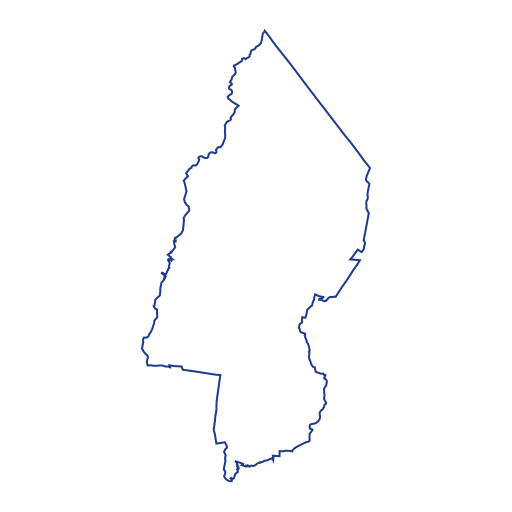 outline of Cacahoatán, Chiapas, Mexico
{"feature_id": "50627088B46673290590082", "entity_name": "Cacahoatán", "entity_type": "district", "adm_level": 2, "iso_a3": "MEX", "parent_name": "Mexico", "parent_adm1": "Chiapas", "projection": "orthographic", "projection_center": [-92.167, 15.088], "detail": "fine", "context": "isolated", "style": "outline", "palette": "blue", "viewbox_px": 512, "rotation_deg": 0, "n_neighbors": 0, "source": "geoboundaries", "source_scale": "gbopen_adm2", "svg_char_len": 6043}
<svg xmlns="http://www.w3.org/2000/svg" viewBox="0 0 512 512"><path d="M292.2,451.4L292.5,450.4L294.2,448.5L296.6,446.9L305.7,442.3L308.5,441.7L309.6,440.7L309.5,435.2L309.8,433.4L311.1,432.0L312.5,430.0L312.2,429.4L311.1,428.9L310.3,428.8L309.8,428.3L309.7,426.4L310.0,424.9L310.8,424.2L315.5,423.3L317.4,422.0L319.3,419.8L319.9,418.1L320.1,416.8L319.6,413.8L319.8,412.6L320.7,410.9L322.5,409.5L324.0,407.0L324.2,405.5L324.9,404.4L326.0,403.7L326.1,402.5L324.7,400.4L324.3,399.2L324.0,398.7L324.6,395.6L324.4,394.4L324.0,389.2L324.9,387.1L326.0,385.9L326.9,382.0L326.6,380.5L326.4,380.1L325.6,379.0L325.1,379.0L325.0,378.7L324.1,378.1L325.4,375.1L323.8,374.7L323.4,373.7L320.9,373.7L315.7,371.8L314.8,367.4L312.9,366.7L311.4,364.6L310.0,360.4L309.3,358.9L308.9,356.3L309.5,353.4L308.9,351.8L309.6,350.9L309.7,350.5L309.3,349.5L309.4,348.5L309.1,347.6L309.1,347.2L308.0,343.8L306.7,341.8L306.6,340.7L305.1,336.9L305.2,336.1L304.7,335.5L305.1,334.6L305.1,333.6L301.0,332.3L300.3,331.7L300.0,330.9L299.8,329.3L299.6,328.8L298.8,327.9L299.6,324.3L300.5,323.7L301.1,323.0L301.8,322.7L302.1,322.3L302.1,321.4L301.9,320.9L302.0,319.1L302.4,317.1L303.8,317.6L305.4,317.7L306.5,313.9L307.4,309.6L310.1,307.1L310.6,306.4L311.6,306.0L312.1,305.4L312.7,302.6L313.2,301.1L314.0,299.9L314.4,296.6L315.2,294.3L317.3,295.5L319.2,296.2L321.3,296.7L324.2,297.0L323.2,297.3L321.4,298.8L319.4,298.9L319.2,299.8L321.5,299.8L322.6,300.6L323.6,300.7L324.4,301.2L325.3,300.9L325.7,301.1L328.5,298.0L329.8,297.1L330.9,296.9L332.9,297.0L334.8,296.6L335.6,296.9L341.4,287.9L347.7,278.9L352.8,270.9L357.8,263.7L359.9,260.2L350.3,259.4L352.7,256.6L357.7,249.6L361.5,252.1L362.1,251.6L363.7,249.4L364.0,247.9L364.1,246.2L364.9,244.4L365.0,243.0L364.1,241.1L364.1,240.6L363.7,240.3L368.8,213.2L366.4,208.6L366.5,206.1L366.2,202.8L366.5,201.0L367.2,200.0L367.6,198.8L367.8,197.9L367.5,194.3L367.9,191.0L369.4,184.0L369.2,183.4L367.0,181.5L366.0,180.2L365.9,179.4L366.7,176.0L370.0,168.0L363.8,160.2L358.5,152.8L351.2,143.2L345.5,136.2L307.1,86.2L291.1,64.9L275.1,44.7L267.5,34.2L264.7,30.7L264.0,32.3L262.9,33.5L262.1,37.6L262.0,38.9L261.0,43.2L260.3,43.7L259.1,45.2L258.1,46.0L256.7,46.5L255.7,47.2L255.6,48.0L254.4,49.3L252.8,49.8L252.1,50.1L251.0,51.1L250.5,53.7L250.2,54.3L249.7,54.7L249.6,56.0L249.3,56.8L248.1,57.6L247.1,57.9L245.5,59.1L244.0,58.1L242.1,58.9L241.7,61.2L239.0,62.7L237.1,64.1L235.2,65.1L234.1,65.4L233.9,65.8L233.8,66.6L234.5,67.2L235.0,68.0L235.7,72.6L235.0,74.1L232.2,77.0L231.5,79.7L229.9,82.2L231.7,83.6L232.0,84.2L231.7,84.7L229.7,85.9L229.1,86.8L229.0,88.0L229.1,88.8L231.5,90.1L232.1,91.7L232.0,92.7L231.7,93.8L231.0,94.3L230.1,94.7L227.7,96.7L228.4,98.7L229.7,99.5L231.8,101.5L238.6,105.7L236.1,108.0L234.8,109.7L234.8,111.3L234.4,112.7L232.8,115.1L231.5,116.3L230.7,117.4L230.9,119.5L230.1,120.2L227.3,121.6L226.7,122.1L224.7,125.5L225.2,127.7L224.9,131.4L225.0,133.9L225.2,134.5L225.2,137.2L224.7,139.1L223.1,143.1L222.7,144.4L220.4,147.3L218.3,147.1L217.7,147.6L216.7,149.1L216.1,149.6L216.0,150.4L216.4,151.2L216.4,152.4L215.2,153.3L214.4,152.8L211.1,152.2L210.3,152.6L208.8,154.0L208.0,157.2L207.1,157.9L206.1,158.0L204.6,157.9L201.7,156.2L199.8,156.5L198.4,157.6L198.6,158.6L199.2,159.5L199.0,160.6L197.3,163.9L196.7,164.8L195.8,165.5L195.2,165.3L193.6,165.3L192.4,165.8L191.7,166.8L191.6,167.7L190.6,168.3L189.5,168.7L186.1,173.3L188.0,176.2L186.2,178.0L184.8,179.2L184.3,180.2L183.6,180.8L184.3,181.8L185.7,187.4L186.0,189.7L186.4,190.4L186.5,191.4L185.9,193.2L185.5,195.0L184.7,196.2L184.7,197.0L184.0,199.6L184.5,200.6L184.8,202.4L185.6,203.0L186.2,204.4L188.6,206.6L189.2,209.7L189.1,210.8L184.9,215.7L183.8,217.7L183.9,221.2L183.0,230.1L181.3,233.4L177.3,236.8L176.9,237.0L176.5,237.6L175.3,237.7L174.9,238.0L174.6,239.4L174.9,240.3L175.7,240.3L175.7,241.4L173.9,241.3L174.4,244.5L175.2,247.2L171.6,252.0L171.4,251.5L170.7,251.9L170.1,253.2L167.8,254.7L169.9,256.5L170.1,256.9L170.7,257.1L170.6,257.5L170.8,257.9L172.7,259.4L172.2,259.5L171.8,259.3L171.3,260.7L168.7,259.0L168.0,260.0L168.9,261.6L169.8,263.0L168.8,266.9L169.4,267.7L168.0,269.4L168.1,269.9L167.5,270.5L167.3,271.3L165.7,274.7L162.2,272.7L161.8,273.3L164.7,275.2L164.5,275.8L164.8,276.0L164.6,276.3L164.2,277.9L165.1,277.6L163.9,279.9L161.4,282.7L160.2,289.2L160.2,290.0L160.4,291.1L159.8,295.6L157.3,297.7L155.2,300.0L155.1,301.7L154.4,305.6L153.7,306.0L154.8,308.4L156.9,309.4L157.3,317.2L154.4,320.7L154.2,322.8L152.2,329.1L150.4,332.7L149.4,333.9L148.3,336.6L146.8,337.4L146.2,337.6L144.1,337.6L143.6,338.1L143.0,340.0L143.3,341.7L142.0,348.6L143.7,351.6L144.9,353.2L146.0,354.2L147.0,355.1L147.2,355.6L148.0,356.8L146.8,361.7L147.6,365.4L150.4,365.3L154.5,365.8L161.9,365.4L165.5,366.5L167.9,366.5L170.1,367.3L170.0,366.6L169.4,365.3L174.3,366.1L181.7,366.5L182.7,369.7L198.0,371.9L215.7,374.7L220.3,375.0L216.9,399.2L216.5,403.0L216.4,409.3L216.3,411.3L215.5,415.1L215.0,419.7L215.0,421.2L214.5,422.7L214.6,423.9L214.3,425.2L214.3,426.6L213.8,428.1L213.7,430.0L214.8,433.7L216.4,443.6L224.9,442.3L226.8,446.0L227.0,447.3L226.5,448.2L225.6,448.9L224.0,451.8L224.4,452.5L225.7,455.7L225.2,457.1L225.1,458.9L225.2,459.7L225.5,460.4L225.4,461.1L223.8,469.0L224.0,469.8L225.1,471.2L225.2,471.9L225.2,473.3L224.1,476.4L225.2,478.3L227.3,480.2L229.2,481.1L230.8,481.3L231.8,481.0L231.8,479.5L230.6,478.4L231.1,478.0L232.4,478.8L233.1,478.8L233.4,478.6L234.0,477.9L235.4,473.7L237.9,471.8L237.1,469.3L238.2,468.7L238.4,469.0L238.6,468.9L238.6,467.7L238.2,466.7L237.9,466.5L237.3,466.8L237.1,466.4L237.6,465.6L237.7,465.2L237.5,464.7L236.7,464.4L236.9,463.3L236.8,462.6L235.6,461.7L235.8,461.3L243.2,463.9L243.1,464.4L242.7,465.0L242.2,465.2L245.8,466.5L246.0,465.7L247.3,466.1L247.7,465.4L248.7,466.0L249.4,466.7L251.1,465.6L253.7,466.0L255.9,464.7L257.3,463.5L259.8,462.3L260.0,462.8L263.3,461.5L264.4,460.8L265.6,460.5L266.8,460.5L270.2,459.0L271.7,458.8L272.2,458.0L272.6,458.5L273.2,460.1L273.4,459.0L272.8,457.8L273.5,457.3L273.0,455.7L279.5,456.2L279.7,451.1L283.3,451.3L285.9,450.7L290.0,450.9L292.2,451.4Z" fill="none" stroke="#1e3a8a" stroke-width="2"/></svg>